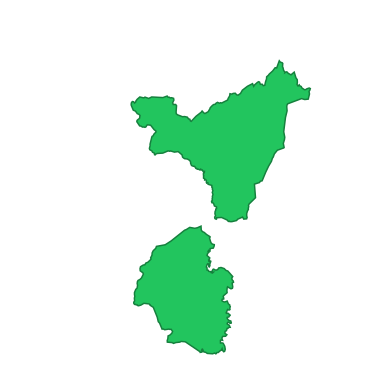 Belier, Lacs, Ivory Coast (Equal Earth projection), rotated 17°
{"feature_id": "98640826B5123145245776", "entity_name": "Belier", "entity_type": "district", "adm_level": 2, "iso_a3": "CIV", "parent_name": "Ivory Coast", "parent_adm1": "Lacs", "projection": "equal_earth", "projection_center": [-5.056, 6.922], "detail": "fine", "context": "isolated", "style": "filled", "palette": "green", "viewbox_px": 384, "rotation_deg": 17, "n_neighbors": 0, "source": "geoboundaries", "source_scale": "gbopen_adm2", "svg_char_len": 6084}
<svg xmlns="http://www.w3.org/2000/svg" viewBox="0 0 384 384"><g transform="rotate(17 192 192)"><path d="M273.7,58.3L271.7,59.7L270.9,60.8L269.5,61.3L266.6,60.3L265.6,59.2L263.8,58.9L263.2,58.2L262.4,59.6L261.0,58.5L260.7,56.3L259.8,53.8L258.0,52.4L254.7,47.5L252.4,51.0L249.4,50.4L247.7,49.4L247.0,49.6L246.0,50.7L246.0,50.2L244.2,49.1L242.5,46.2L242.0,45.9L241.2,42.5L240.4,42.0L238.5,42.0L237.1,41.0L236.7,48.6L235.2,48.8L233.7,52.8L231.4,56.6L230.9,58.1L229.7,60.0L230.2,62.1L230.1,65.1L230.4,68.7L229.0,69.5L227.6,68.4L225.9,69.1L224.5,67.2L223.6,67.0L222.6,67.9L220.4,71.5L220.1,72.9L218.2,70.7L214.1,74.7L210.4,79.9L209.6,83.5L207.8,85.9L206.3,86.0L204.5,84.9L202.5,85.7L201.4,86.8L199.6,86.9L199.9,89.1L199.2,91.9L199.2,93.4L198.8,94.0L194.4,98.2L193.1,98.3L192.3,99.1L190.2,98.8L189.0,100.1L188.7,101.2L187.3,101.9L186.3,103.1L184.8,106.0L184.8,107.1L184.0,110.5L181.4,113.2L180.0,112.8L178.0,111.6L177.5,113.0L173.7,118.4L170.6,124.7L169.7,124.5L168.6,123.0L167.3,123.1L165.7,121.8L162.9,122.0L160.9,122.8L155.6,122.4L154.1,121.8L153.4,120.2L152.0,114.0L150.8,113.1L148.5,113.8L147.4,112.3L147.8,109.4L147.0,107.8L144.9,107.8L143.7,108.4L142.6,108.0L141.5,108.4L140.2,107.5L136.6,110.2L125.7,112.9L123.2,115.2L119.3,115.0L118.4,116.1L114.3,116.4L112.5,119.3L111.8,121.2L111.8,122.7L111.0,123.7L109.9,122.8L108.6,122.9L108.0,124.0L108.1,125.7L108.6,126.9L111.9,130.9L114.3,131.2L116.8,133.1L118.4,133.2L119.9,134.0L120.3,136.9L118.7,139.2L118.5,140.3L118.8,141.0L122.6,144.1L123.9,143.9L125.6,144.4L127.0,143.9L128.1,143.9L128.9,143.2L129.3,141.5L129.8,140.8L132.9,140.2L137.6,143.5L139.6,144.2L140.0,145.2L138.7,147.7L138.4,149.6L137.6,150.4L137.5,151.2L137.9,158.5L138.4,159.9L138.5,162.7L139.2,163.9L141.6,164.4L142.6,165.5L144.5,165.8L145.3,167.3L146.0,167.2L146.5,166.0L147.5,165.3L152.8,163.3L157.1,159.7L158.9,159.5L159.5,159.0L163.5,159.0L167.0,157.4L171.6,159.4L172.8,161.4L173.9,161.9L175.1,162.3L178.0,161.8L180.6,162.5L181.9,163.8L182.3,165.0L183.8,166.8L185.8,167.0L187.0,166.7L188.8,168.3L189.6,168.1L190.3,168.7L191.3,168.3L193.1,168.6L193.7,167.6L194.4,168.3L195.4,167.9L196.3,168.9L197.9,168.6L198.1,169.8L197.5,169.8L197.4,170.5L198.0,172.6L198.6,173.1L198.5,173.8L199.0,175.4L200.2,175.6L200.6,176.8L201.6,176.3L202.4,176.8L202.9,178.6L203.4,179.2L204.4,178.5L205.1,179.9L209.0,179.9L209.7,181.8L210.3,182.1L210.8,183.7L211.6,184.6L211.5,186.5L212.8,188.2L212.7,190.2L213.2,191.3L213.2,192.4L214.0,194.4L213.4,194.9L213.5,195.5L214.2,196.4L214.8,196.1L216.2,196.9L217.5,198.8L219.8,199.1L220.3,200.6L219.7,201.4L220.0,202.3L219.8,203.9L220.3,206.1L221.5,207.9L221.0,209.4L221.7,210.7L222.9,211.0L222.9,211.4L223.4,210.5L223.2,210.1L223.1,209.4L227.8,207.7L233.7,208.5L235.4,209.5L236.2,209.0L236.9,209.3L238.8,208.7L242.9,206.3L243.8,204.5L247.7,201.2L249.4,202.8L252.1,201.7L252.1,200.0L251.4,199.1L250.6,196.6L250.6,194.1L251.0,192.1L250.6,191.2L250.5,189.3L249.9,188.3L250.1,186.8L254.4,178.9L249.4,166.2L253.8,163.2L254.1,161.8L255.8,160.8L256.7,151.4L257.7,144.8L259.0,139.5L259.0,136.3L259.5,134.7L259.6,131.6L261.4,127.1L266.9,123.0L267.1,122.5L265.1,118.8L265.1,114.9L264.7,112.5L262.1,107.6L259.6,93.4L259.2,86.6L257.7,82.8L257.4,81.3L257.7,79.7L269.4,70.7L272.8,70.6L276.0,69.2L275.7,63.9L274.5,61.6L274.9,60.4L274.9,58.5L273.7,58.3ZM269.8,334.8L269.8,332.7L268.4,329.9L266.0,327.5L264.9,327.5L263.4,328.1L262.6,325.8L262.6,325.3L262.9,325.1L264.6,324.9L263.3,323.1L263.5,321.2L266.3,320.1L267.1,318.3L264.9,317.6L264.5,316.3L264.4,315.5L265.5,314.6L265.5,312.1L266.4,311.6L267.1,310.4L268.0,310.2L266.6,308.5L264.5,308.1L264.0,307.3L264.5,306.0L265.2,305.9L266.6,306.4L267.7,306.1L267.8,305.6L266.8,304.0L265.3,304.1L263.5,303.4L262.5,302.4L262.3,301.6L263.8,300.7L264.0,299.4L264.5,299.0L264.5,298.6L261.8,297.4L260.5,298.0L260.0,297.6L260.4,293.9L261.9,294.1L262.7,293.3L262.1,292.0L262.1,290.4L261.1,289.4L261.1,289.0L259.5,288.4L257.5,286.0L255.5,287.6L254.4,287.7L252.9,287.5L252.2,286.8L252.3,285.6L253.6,285.1L253.4,284.2L252.4,282.9L252.5,282.0L255.0,278.0L254.2,276.1L253.7,273.6L253.7,272.3L257.6,273.2L258.8,272.3L258.7,270.8L257.0,267.3L258.1,266.2L257.5,265.1L256.1,264.3L255.2,262.6L255.7,261.0L249.4,257.1L247.3,257.0L245.2,255.8L241.8,255.7L239.7,256.9L239.6,257.9L238.5,259.4L237.1,259.8L235.3,259.4L234.7,259.8L234.2,262.4L234.6,262.8L235.9,262.4L235.3,263.5L233.8,263.5L233.2,262.7L231.2,263.0L230.4,262.1L229.3,262.3L228.5,260.1L227.6,259.5L227.7,256.9L228.0,256.0L228.6,255.9L229.4,256.9L229.9,258.4L230.4,258.6L230.7,257.3L230.1,255.7L230.3,253.0L230.1,252.7L228.8,253.5L228.2,253.2L228.1,252.7L228.6,252.5L228.7,252.1L227.9,251.9L228.3,249.9L224.9,248.3L224.9,246.2L225.8,244.5L224.7,244.1L225.1,242.8L226.4,243.1L225.9,240.8L228.8,239.4L229.0,236.9L228.7,235.8L226.7,235.9L224.9,234.9L222.4,231.2L222.2,230.8L222.5,229.7L222.1,229.4L218.4,228.4L215.6,227.1L213.6,226.8L212.5,226.1L211.9,225.5L210.6,222.0L207.6,224.6L205.3,225.9L200.2,226.5L197.5,229.6L196.1,230.7L186.2,245.1L181.8,250.3L173.9,254.4L173.8,256.5L172.1,259.4L171.7,261.8L172.2,264.2L171.7,267.0L172.4,268.1L172.1,268.9L170.4,272.0L168.6,273.5L168.2,275.4L166.7,276.1L164.6,278.5L164.7,280.5L165.5,282.5L168.6,283.6L169.5,284.7L168.8,289.0L167.8,290.8L166.3,292.3L166.0,293.6L166.3,295.5L167.2,297.1L167.6,299.9L166.7,301.6L166.4,305.0L167.0,307.0L167.8,308.4L167.9,310.3L169.0,313.0L168.5,314.4L168.9,315.5L169.9,316.3L171.1,315.9L171.6,316.3L172.9,316.0L173.4,316.5L174.2,316.4L176.2,315.1L178.6,312.5L183.5,311.6L184.9,312.0L185.1,313.1L185.2,312.6L188.7,313.6L195.3,321.8L197.7,325.9L199.3,326.8L203.5,331.9L204.4,331.4L206.2,331.7L210.1,329.8L211.1,329.9L212.2,329.4L214.2,331.0L214.0,333.0L212.6,335.4L211.2,336.6L211.8,339.4L211.7,341.2L212.3,342.8L217.2,341.8L218.5,342.2L220.6,340.7L224.3,339.1L225.2,338.1L229.4,337.2L246.3,342.4L246.7,343.0L248.3,342.2L248.5,341.7L247.4,340.6L247.6,339.4L248.0,339.2L250.1,341.5L252.0,341.3L253.8,341.9L259.0,340.7L260.8,339.4L262.0,339.8L262.4,339.5L262.7,338.3L264.0,337.8L265.7,335.1L266.4,334.7L266.6,333.1L267.4,334.5L269.1,335.5L269.8,334.8Z" fill="#22c55e" stroke="#15803d" stroke-width="1.5"/></g></svg>